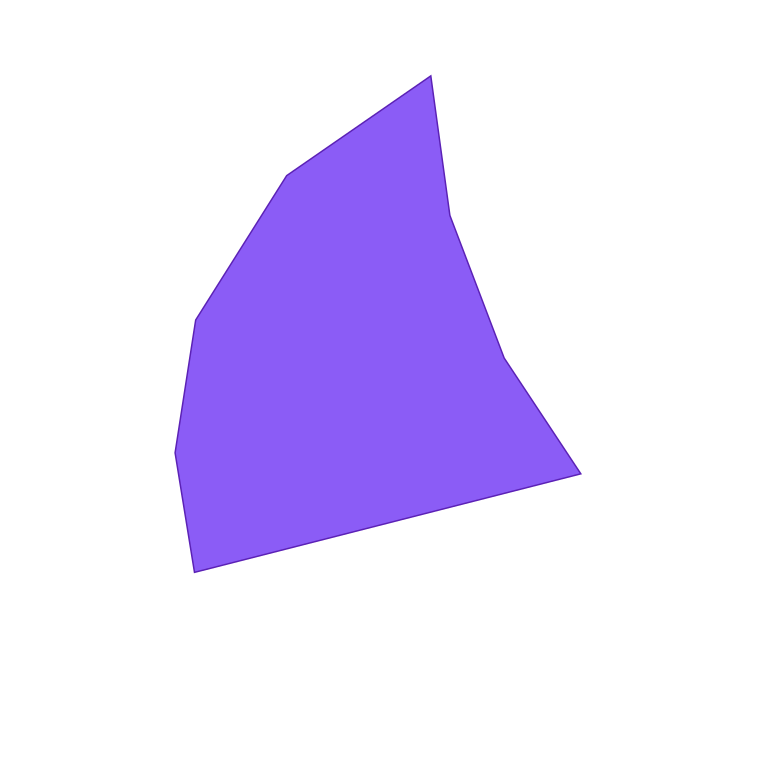 the Parish of Saint Mark, rotated 220°
{"feature_id": "GRD-5074", "entity_name": "Saint Mark", "entity_type": "Parish", "adm_level": 1, "iso_a3": "GRD", "parent_name": "Grenada", "parent_adm1": "", "projection": "natural_earth1", "projection_center": [-61.681, 12.191], "detail": "fine", "context": "isolated", "style": "filled", "palette": "violet", "viewbox_px": 768, "rotation_deg": 220, "n_neighbors": 0, "source": "natural_earth", "source_scale": "10m", "svg_char_len": 279}
<svg xmlns="http://www.w3.org/2000/svg" viewBox="0 0 768 768"><g transform="rotate(220 384 384)"><path d="M175.5,441.7L408.1,117.9L499.8,197.0L569.4,312.0L592.5,481.1L546.2,650.1L441.9,555.5L308.6,481.1L175.5,441.7Z" fill="#8b5cf6" stroke="#5b21b6" stroke-width="1.5"/></g></svg>